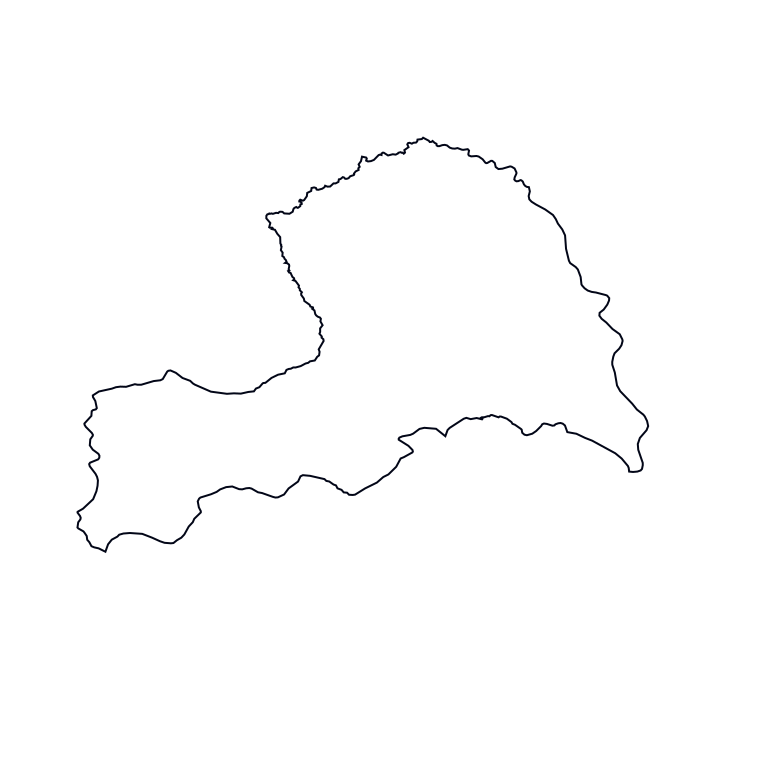 outline of Doi Lo, Chiang Mai, Thailand, rotated 289°
{"feature_id": "78962969B26500920183466", "entity_name": "Doi Lo", "entity_type": "district", "adm_level": 2, "iso_a3": "THA", "parent_name": "Thailand", "parent_adm1": "Chiang Mai", "projection": "equal_earth", "projection_center": [98.774, 18.527], "detail": "fine", "context": "isolated", "style": "outline", "palette": "ink", "viewbox_px": 768, "rotation_deg": 289, "n_neighbors": 0, "source": "geoboundaries", "source_scale": "gbopen_adm2", "svg_char_len": 6154}
<svg xmlns="http://www.w3.org/2000/svg" viewBox="0 0 768 768"><g transform="rotate(289 384 384)"><path d="M381.0,644.3L381.9,648.1L383.7,652.1L385.8,654.8L387.7,655.6L391.5,655.1L393.7,654.3L404.6,645.8L409.9,643.5L416.3,643.5L425.8,647.3L430.2,647.5L434.6,644.8L438.2,641.2L439.4,639.3L442.2,631.4L446.2,625.1L454.1,609.7L458.5,604.8L470.0,598.5L476.5,593.6L479.2,592.6L484.6,591.9L488.1,592.0L494.0,594.9L498.0,595.9L502.4,595.6L503.8,594.8L507.8,590.7L510.4,582.1L514.5,574.2L516.5,568.6L518.7,565.4L521.5,564.7L525.9,567.5L531.8,569.3L536.2,569.6L538.5,569.0L540.2,566.3L540.3,564.8L539.5,554.6L538.7,550.4L538.7,546.2L539.8,542.5L541.6,539.3L542.4,538.3L549.2,535.1L555.4,530.0L557.0,527.2L558.9,520.7L560.8,518.7L571.1,512.1L583.5,506.8L588.2,502.2L592.3,496.2L595.8,492.8L598.8,488.8L601.5,479.6L603.2,469.2L604.4,464.2L605.9,461.3L608.8,459.6L613.6,459.2L617.3,456.9L616.9,455.0L617.2,453.2L618.3,451.3L620.6,449.3L621.3,447.6L621.2,446.6L619.6,445.0L618.8,443.3L619.0,441.9L619.8,440.6L621.9,440.3L626.1,440.7L627.2,440.3L630.3,437.3L631.0,433.9L630.8,432.4L626.1,425.8L624.5,422.2L625.5,419.0L629.0,416.8L630.2,413.8L629.9,412.6L626.6,409.7L626.1,408.7L626.3,407.7L628.6,404.1L629.9,399.5L629.7,397.2L627.6,392.3L627.7,389.8L628.7,388.9L632.4,388.4L633.3,386.7L631.2,382.7L630.9,381.3L631.0,376.7L629.6,374.4L628.9,371.8L628.9,369.2L630.1,365.9L629.9,363.6L628.8,361.3L626.9,358.9L626.4,357.4L626.7,356.1L628.2,355.4L628.5,353.4L629.6,350.8L628.5,350.2L627.7,348.5L628.6,347.1L629.6,340.8L627.9,340.0L626.0,336.1L624.2,336.4L622.7,335.7L621.7,333.3L620.3,332.1L620.4,329.7L619.7,328.4L618.2,328.0L615.9,330.1L611.8,327.1L609.6,328.5L608.2,327.7L608.8,326.3L608.4,325.6L608.6,324.2L607.3,322.3L606.6,322.2L604.7,320.4L604.1,317.5L601.4,313.4L602.6,308.5L602.4,307.6L601.2,306.7L599.7,307.1L599.6,305.6L598.7,304.4L592.6,301.5L590.5,299.1L589.2,296.4L589.4,294.4L591.6,294.3L592.3,293.4L591.8,289.2L587.2,289.7L583.4,288.5L581.4,290.3L579.6,289.5L578.1,290.3L575.8,288.0L573.2,287.1L572.4,287.6L571.7,287.4L569.4,284.4L567.1,283.5L565.9,282.0L565.4,280.5L566.2,279.1L566.2,277.7L563.6,276.1L562.8,274.7L560.2,275.1L557.9,272.9L557.2,270.9L553.2,268.8L552.2,266.3L552.3,263.8L550.8,263.7L548.6,262.1L546.2,258.6L545.9,257.0L547.2,255.8L547.1,253.9L545.7,251.7L542.8,252.3L539.7,249.2L536.4,249.9L531.9,248.6L530.9,247.6L531.0,244.8L529.9,244.3L529.0,244.5L529.2,245.6L528.4,247.2L527.4,247.6L526.5,246.5L524.9,246.9L522.7,245.4L522.4,244.8L522.8,243.4L521.3,241.9L519.9,241.4L517.2,241.6L514.2,239.2L512.8,234.1L513.7,232.0L513.2,230.0L512.7,229.1L511.2,228.4L510.7,226.2L508.7,223.5L508.7,222.2L508.1,221.4L507.9,220.0L507.2,219.8L506.5,218.5L504.8,218.0L502.3,218.8L499.2,224.1L494.8,224.4L494.6,225.2L495.4,227.4L495.1,228.0L494.0,227.6L494.3,230.7L491.3,234.2L489.1,238.0L483.1,240.3L482.0,241.6L481.1,241.6L480.6,242.4L477.0,242.9L475.2,245.4L471.9,246.2L471.3,248.2L470.1,249.1L469.2,250.9L467.8,252.1L466.3,251.1L466.7,253.2L466.0,255.3L464.8,256.0L461.4,256.5L460.5,257.6L459.6,256.6L458.5,258.0L458.6,259.5L455.4,262.6L454.8,264.4L453.8,265.1L452.6,264.4L452.6,266.8L449.3,271.6L447.6,271.7L446.6,273.4L445.2,273.9L444.0,276.5L442.6,276.2L441.2,276.8L438.7,280.4L436.5,281.7L434.7,287.9L433.3,289.1L433.3,291.9L432.6,292.3L431.7,291.7L430.9,294.3L427.8,296.2L426.8,297.5L426.1,299.4L426.0,301.8L425.1,303.1L422.5,303.5L419.6,306.8L415.8,305.5L412.4,306.7L410.5,306.6L408.7,309.7L407.5,309.9L406.6,312.1L405.0,312.9L395.5,311.0L393.5,312.6L389.9,313.3L388.0,312.0L383.7,310.9L381.3,306.6L379.4,305.5L377.8,303.1L373.8,299.4L370.8,295.0L370.1,292.8L368.1,290.9L367.2,289.0L365.6,287.2L361.8,286.7L358.3,280.8L353.2,275.7L346.5,271.5L345.6,269.5L344.9,269.0L340.4,267.2L338.0,264.4L334.7,263.4L332.3,258.3L328.3,251.8L326.3,245.1L323.6,238.7L320.4,222.8L321.8,205.4L322.3,203.2L323.9,199.7L324.1,191.5L326.8,183.6L327.3,177.7L326.3,175.8L325.2,175.0L316.6,173.2L314.7,171.3L311.8,165.3L304.2,154.6L303.1,151.4L302.7,148.5L297.4,141.1L295.7,135.6L293.7,131.6L291.0,128.2L284.1,116.9L278.4,112.4L276.9,113.1L273.9,116.6L267.7,120.3L266.2,119.8L264.5,117.3L263.1,116.5L258.6,117.7L249.1,113.6L248.0,114.1L246.4,116.0L242.6,123.7L241.2,125.3L240.2,125.5L236.1,124.3L230.2,125.8L227.1,130.0L225.0,136.7L223.5,138.3L221.6,138.8L219.7,138.3L213.9,131.7L212.3,131.3L210.4,132.6L205.2,140.4L202.8,142.9L199.7,144.9L194.5,146.3L189.0,147.0L180.4,146.5L168.1,140.0L163.4,135.9L162.6,136.1L160.2,139.6L158.7,140.8L157.1,141.0L153.7,139.9L148.5,140.9L147.9,142.0L146.8,147.8L145.9,149.2L143.5,152.4L140.1,154.1L138.5,156.9L135.4,160.2L135.2,163.2L135.7,167.7L134.7,175.2L142.6,175.3L148.2,177.3L152.9,181.6L155.3,182.7L157.8,186.3L160.4,192.3L163.6,204.2L163.2,214.7L162.4,223.3L162.4,228.2L164.0,234.4L165.1,236.7L168.9,239.1L172.7,242.4L176.7,244.2L185.7,245.8L191.1,248.2L194.8,248.5L202.9,252.6L204.1,252.2L207.1,249.1L212.4,246.1L215.4,246.5L216.9,247.4L223.4,256.3L227.5,260.9L231.0,263.4L235.1,268.3L237.7,273.9L237.4,281.2L238.2,284.2L240.5,287.6L241.8,290.5L242.0,292.8L240.6,300.1L241.2,304.2L241.1,315.7L241.3,318.3L242.3,320.6L247.0,325.5L254.2,327.8L263.8,334.5L269.5,335.1L271.4,337.0L273.1,344.0L274.7,358.7L273.6,361.0L274.0,364.0L272.5,369.0L272.5,371.6L270.2,374.0L270.1,378.3L268.4,381.2L269.2,384.5L267.9,387.0L268.9,390.6L270.0,392.7L279.1,400.1L288.5,409.4L295.8,413.6L299.9,417.6L309.7,422.5L319.0,424.0L321.3,426.6L328.5,433.1L329.5,433.3L330.9,432.4L333.5,427.2L336.1,416.1L336.9,415.7L338.3,416.0L340.5,418.4L344.4,425.4L346.5,427.7L353.1,432.2L355.7,436.4L358.6,447.8L354.6,459.0L361.2,459.1L363.9,460.4L377.1,470.7L378.8,472.9L379.0,477.4L382.0,482.7L382.5,488.2L383.1,488.4L383.8,486.8L384.3,487.2L385.2,489.6L387.5,492.8L387.8,494.2L389.2,494.9L389.8,496.1L389.8,503.2L390.9,503.9L391.3,505.1L391.2,511.5L389.5,516.9L388.2,518.4L388.1,521.1L386.1,528.1L385.7,529.0L382.9,530.6L381.8,533.3L382.1,535.8L385.3,540.4L389.1,543.2L395.4,546.3L397.4,546.7L398.7,548.1L399.3,551.1L399.4,556.8L400.3,558.6L401.7,559.2L403.6,561.6L404.6,563.6L404.7,565.9L403.7,568.6L398.2,573.0L399.6,582.1L398.5,591.7L398.2,599.2L393.8,625.2L390.9,633.0L385.9,641.3L384.3,642.7L381.0,644.3Z" fill="none" stroke="#020617" stroke-width="2"/></g></svg>